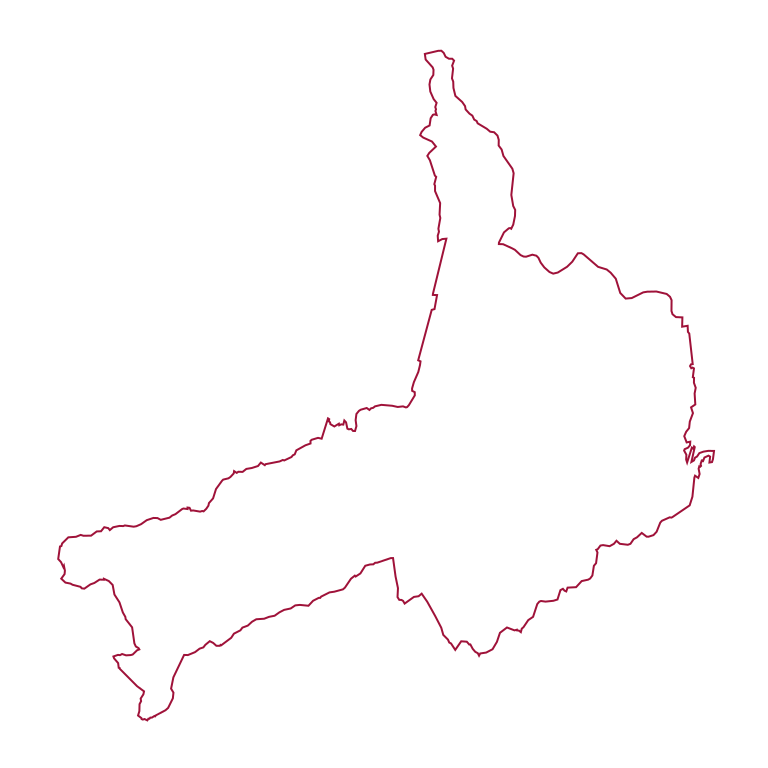 Aninoasa, Gorj, Romania, rotated 269°
{"feature_id": "2599482B76100938199978", "entity_name": "Aninoasa", "entity_type": "district", "adm_level": 2, "iso_a3": "ROU", "parent_name": "Romania", "parent_adm1": "Gorj", "projection": "equal_earth", "projection_center": [23.453, 44.775], "detail": "fine", "context": "isolated", "style": "outline", "palette": "rose", "viewbox_px": 768, "rotation_deg": 269, "n_neighbors": 0, "source": "geoboundaries", "source_scale": "gbopen_adm2", "svg_char_len": 6102}
<svg xmlns="http://www.w3.org/2000/svg" viewBox="0 0 768 768"><g transform="rotate(269 384 384)"><path d="M445.4,683.5L445.8,677.1L448.7,673.7L452.0,672.7L462.8,673.0L466.2,671.5L469.1,668.2L471.7,658.0L471.7,648.9L471.1,644.8L465.6,633.2L465.2,627.1L470.9,621.8L485.2,617.6L491.3,612.6L494.6,608.7L497.4,600.1L510.1,585.9L511.4,583.7L511.3,580.1L503.0,574.4L498.0,569.1L492.4,559.7L491.4,555.1L493.1,551.4L497.8,546.3L502.6,542.8L507.5,540.6L509.6,538.6L510.7,534.6L508.8,528.3L509.0,525.8L510.5,522.8L515.9,517.2L517.5,514.3L521.7,505.5L521.9,501.3L523.4,501.4L533.5,506.6L537.5,511.5L537.7,512.9L537.0,513.9L541.1,516.0L549.7,517.9L555.8,518.2L559.7,516.3L570.8,514.6L592.5,517.3L597.0,516.1L609.9,507.4L616.4,505.7L620.4,502.8L626.1,503.0L630.4,501.8L633.8,498.5L634.4,494.6L637.4,491.2L643.0,482.2L645.3,481.2L646.8,478.8L650.8,477.0L652.8,474.2L657.1,470.4L660.4,469.9L664.6,467.1L670.8,460.4L678.8,458.6L685.1,458.5L688.4,457.3L698.1,458.6L701.1,457.7L706.1,459.7L708.0,457.9L708.1,454.6L710.1,451.3L714.0,449.5L716.2,447.2L716.2,444.1L713.3,430.6L707.7,431.3L699.7,438.2L697.3,439.0L692.1,438.7L687.7,435.7L682.7,434.7L675.6,435.4L668.0,438.6L664.2,441.5L660.0,440.1L657.8,440.8L656.1,440.2L652.1,441.3L652.7,439.0L652.3,437.6L648.9,435.3L641.7,434.1L639.5,429.6L635.4,426.0L632.2,424.5L629.7,427.5L625.6,436.2L620.5,440.1L614.3,433.3L611.3,431.3L606.9,433.8L591.5,438.5L590.2,439.8L582.9,437.8L581.4,438.5L576.0,438.4L563.9,443.3L552.3,442.5L549.0,443.2L538.3,441.1L535.3,441.6L531.3,440.3L525.8,440.6L527.9,444.8L528.2,448.9L473.3,434.5L472.2,434.4L472.0,438.6L458.0,435.8L457.3,433.0L407.1,418.6L406.0,420.9L402.2,420.3L395.4,418.5L385.3,413.9L379.1,412.0L376.7,412.0L375.3,414.6L372.1,414.6L362.4,408.5L360.5,406.7L360.2,405.5L361.3,402.6L360.8,397.3L362.1,391.8L363.2,381.0L361.8,374.6L360.4,372.8L359.9,370.6L358.3,369.0L360.3,366.3L358.7,360.3L357.6,358.5L354.5,355.9L348.4,355.0L342.4,355.7L337.5,354.2L337.6,352.2L339.6,350.5L339.3,348.0L340.0,346.6L346.3,345.4L348.2,343.7L344.1,342.6L344.4,340.5L343.5,338.5L345.1,338.2L342.4,333.6L344.8,329.7L346.6,329.4L347.6,328.2L349.8,328.6L350.6,327.4L330.4,320.7L331.3,317.1L329.5,310.7L328.4,309.5L325.8,309.5L324.1,304.4L319.2,295.2L315.2,293.5L314.3,291.6L312.6,290.2L309.3,282.9L309.8,281.5L308.4,278.3L305.9,264.2L304.9,263.4L307.6,259.5L304.2,256.6L302.3,250.3L301.5,244.9L298.6,241.1L298.8,236.8L297.7,235.2L299.5,232.6L297.2,232.2L293.7,228.8L292.4,226.8L291.2,221.5L290.0,220.3L281.9,214.2L272.6,211.1L268.0,206.9L265.4,206.3L262.3,204.1L259.8,201.4L260.2,200.0L259.6,197.9L260.9,191.0L260.7,188.8L263.6,187.4L263.9,185.4L262.4,185.4L263.0,181.3L262.5,180.0L257.5,173.2L256.2,169.9L254.1,167.2L252.1,158.4L253.9,155.2L254.1,151.1L252.0,144.4L248.1,138.7L246.1,133.9L245.7,131.2L247.1,122.4L246.5,120.8L246.7,117.0L245.5,110.7L242.7,107.3L244.7,105.8L245.7,101.8L241.7,98.5L241.6,94.2L237.5,88.5L237.5,80.9L238.4,78.1L236.6,73.4L236.2,65.7L230.2,59.4L227.6,58.6L227.2,57.2L214.7,55.2L211.5,58.0L206.5,60.2L207.8,60.8L202.9,61.7L199.5,61.3L195.0,57.9L191.0,62.0L189.9,67.1L188.7,69.1L186.5,77.0L185.0,78.2L184.6,80.8L188.8,87.0L190.1,90.9L193.4,96.2L193.2,100.6L194.1,100.6L191.8,105.4L187.8,109.2L178.2,110.8L170.3,115.7L160.1,118.9L155.7,121.3L153.4,121.6L145.1,127.9L129.0,129.9L125.9,131.3L124.2,134.0L122.9,134.7L122.1,132.5L117.9,128.0L117.4,126.0L117.2,121.4L118.6,117.4L117.5,115.3L117.8,113.3L116.3,108.7L114.3,109.4L109.6,113.3L104.9,113.8L104.7,114.7L103.8,114.9L86.1,131.9L80.9,138.7L77.9,138.0L73.7,135.2L71.1,135.6L68.2,134.0L61.2,133.7L56.8,132.3L54.2,135.6L53.2,135.8L52.7,137.0L53.2,138.7L51.8,141.5L53.5,142.6L53.4,143.6L54.5,144.5L54.5,146.1L56.1,148.7L55.7,149.3L56.8,150.3L61.6,159.8L63.9,162.5L73.4,167.4L79.1,168.1L83.1,165.8L94.4,168.3L116.6,179.4L116.4,183.2L119.2,190.4L122.6,195.0L123.8,198.8L126.3,200.8L129.9,205.3L128.1,208.7L125.2,211.8L125.1,215.3L126.0,216.0L125.6,216.7L132.9,226.8L137.0,229.6L140.2,236.1L142.9,238.2L144.8,243.6L148.6,247.9L151.0,252.2L151.4,260.1L153.2,265.0L154.2,270.6L157.5,275.4L159.9,280.2L161.2,286.8L164.2,291.4L164.6,296.0L163.6,304.6L168.5,309.3L171.3,315.0L171.3,316.5L172.5,317.4L176.6,325.9L177.2,330.7L179.4,339.4L181.1,341.4L189.9,347.6L192.9,351.5L192.0,352.3L195.0,357.1L202.6,362.1L203.8,366.8L203.9,370.2L205.4,372.0L205.5,374.2L209.8,387.7L209.8,390.0L191.3,392.2L179.6,394.4L170.7,393.8L167.9,395.5L167.8,397.7L166.8,399.3L164.1,400.8L170.6,410.2L171.2,414.9L173.7,418.0L165.6,423.4L151.0,431.2L139.3,437.0L132.1,438.9L127.3,443.5L124.4,444.7L123.4,446.5L116.9,450.6L125.4,456.7L124.9,462.3L122.0,464.7L122.1,465.8L117.6,468.1L114.6,470.6L113.2,473.1L110.7,474.3L112.9,475.5L113.7,481.5L116.9,487.9L124.2,492.4L133.2,495.6L138.4,502.7L135.4,510.2L136.0,512.6L135.3,512.7L135.1,514.5L133.5,516.5L137.0,517.5L138.4,519.2L145.4,524.1L148.6,529.0L161.3,533.4L163.7,535.5L164.3,537.2L163.6,541.7L164.3,549.6L165.5,553.7L174.8,556.8L176.1,559.3L174.2,560.9L173.4,562.6L177.2,564.0L177.5,572.5L183.5,578.2L184.8,584.7L185.9,586.7L188.9,589.0L198.6,590.7L201.1,592.9L211.8,594.5L214.5,593.3L215.1,594.8L218.7,597.6L219.1,600.2L217.9,606.8L220.2,611.1L223.2,613.7L220.1,617.0L219.0,625.0L219.9,627.6L224.5,630.9L226.3,634.3L230.6,639.1L226.8,643.9L226.7,645.8L228.2,650.8L231.5,654.0L240.6,657.8L242.4,659.5L245.7,667.3L245.4,669.1L245.9,670.1L257.3,687.5L265.9,690.4L285.0,692.7L286.9,693.4L284.6,696.6L288.5,698.0L293.8,697.1L296.2,697.8L295.7,698.6L296.6,699.6L298.3,699.1L302.1,700.4L302.1,701.2L300.5,701.3L304.9,703.1L306.7,707.2L305.7,708.8L299.8,708.0L300.2,710.6L303.1,711.6L311.3,712.8L311.5,707.1L310.8,702.3L309.4,698.1L306.0,695.7L304.9,693.7L302.2,692.6L300.7,690.0L315.5,693.6L316.2,692.9L313.9,692.0L315.0,690.7L300.2,685.7L303.2,684.8L308.0,685.1L312.2,682.9L313.6,683.5L315.0,686.8L317.4,688.9L321.0,689.2L320.3,685.6L326.6,683.3L331.0,685.3L334.6,688.3L341.1,689.1L349.5,692.4L355.3,690.6L358.1,694.9L369.1,694.4L374.8,695.6L379.8,693.9L384.8,694.1L385.4,692.9L394.2,694.2L395.0,692.8L394.4,691.5L396.6,690.3L398.3,691.3L398.5,693.0L429.1,690.1L430.8,688.8L436.9,688.6L436.1,683.1L445.4,683.5Z" fill="none" stroke="#9f1239" stroke-width="2"/></g></svg>